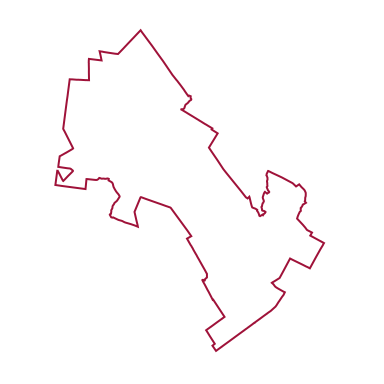 Belciugatele, Calarasi, Romania (Mercator projection), rotated 96°
{"feature_id": "2599482B10542752576449", "entity_name": "Belciugatele", "entity_type": "district", "adm_level": 2, "iso_a3": "ROU", "parent_name": "Romania", "parent_adm1": "Calarasi", "projection": "mercator", "projection_center": [26.453, 44.516], "detail": "fine", "context": "isolated", "style": "outline", "palette": "rose", "viewbox_px": 384, "rotation_deg": 96, "n_neighbors": 0, "source": "geoboundaries", "source_scale": "gbopen_adm2", "svg_char_len": 5846}
<svg xmlns="http://www.w3.org/2000/svg" viewBox="0 0 384 384"><g transform="rotate(96 192 192)"><path d="M342.7,155.6L347.5,151.5L317.8,118.7L316.2,117.0L315.8,116.4L315.7,116.5L314.6,115.2L303.7,103.2L302.1,101.3L300.2,99.6L297.2,96.9L296.6,96.6L295.8,96.1L292.7,94.6L291.1,93.7L286.9,91.5L284.8,90.2L282.0,89.2L281.4,90.9L278.8,96.8L277.9,98.6L277.7,98.9L277.2,99.6L275.3,101.3L274.4,102.5L274.0,103.1L273.5,102.6L272.3,100.9L268.4,95.9L261.9,93.2L247.9,87.5L248.1,87.0L249.1,84.4L251.5,77.8L252.7,74.5L254.2,70.6L254.6,69.3L255.6,66.8L243.6,61.8L235.0,58.1L231.2,56.3L230.3,56.0L229.0,55.4L223.0,69.8L219.8,68.4L219.6,68.9L218.2,72.5L217.9,73.3L217.7,73.6L217.5,73.9L215.6,75.6L213.9,77.4L213.3,78.0L209.3,82.6L207.5,84.7L205.3,84.3L203.2,83.7L200.6,82.8L200.1,82.4L199.7,81.9L199.2,81.8L197.9,82.1L196.5,82.2L196.1,81.9L196.1,81.7L193.8,80.6L193.2,80.6L192.9,80.4L192.7,80.2L192.5,79.8L192.2,79.3L190.8,77.5L190.5,77.8L189.9,78.4L189.4,78.9L188.5,78.6L185.9,78.8L184.2,78.5L182.7,78.6L181.0,78.8L180.0,79.3L179.3,79.7L178.3,80.4L177.4,81.4L175.6,83.7L173.2,86.2L175.6,89.1L173.1,92.3L172.6,93.1L172.0,94.6L168.1,104.2L166.4,109.1L164.8,113.8L163.1,118.3L163.1,118.5L166.1,119.6L167.8,119.7L168.3,119.1L169.1,118.9L169.5,118.6L170.0,118.4L171.2,118.3L171.9,118.2L172.8,118.5L173.8,118.5L175.1,118.1L176.8,117.9L178.2,117.6L179.3,118.2L180.8,117.5L181.4,117.1L181.8,116.9L182.3,116.7L182.5,116.5L182.9,116.1L183.3,115.6L183.9,115.2L184.5,115.5L184.8,116.0L185.1,116.4L185.4,117.0L185.7,117.2L185.3,117.8L184.6,119.0L184.2,119.5L184.3,119.6L185.0,119.9L185.9,120.3L189.8,121.1L191.0,120.8L192.7,119.9L193.5,119.6L194.0,119.6L194.4,119.8L194.8,120.0L195.2,120.0L195.9,120.6L198.1,120.9L198.8,120.9L199.1,121.0L199.7,121.4L200.8,120.9L201.7,120.6L202.5,120.5L203.0,120.3L203.2,120.0L203.2,119.5L203.3,118.4L203.8,117.6L203.9,117.0L204.1,116.8L204.4,116.8L204.5,116.8L205.0,117.1L205.4,117.3L206.4,118.3L207.5,118.9L207.0,119.3L208.9,121.8L208.6,122.5L208.2,122.7L207.7,122.8L205.4,124.0L203.8,125.4L203.0,125.2L202.9,125.3L202.3,126.5L201.9,127.4L201.7,128.3L201.1,130.4L200.7,130.7L199.1,131.4L197.3,132.1L191.3,134.2L190.7,134.5L192.6,136.0L192.0,137.1L191.7,137.8L185.9,143.4L173.7,155.6L168.7,160.6L165.9,163.3L157.0,170.6L154.9,172.4L150.2,176.4L146.1,179.8L131.0,172.6L127.8,179.0L126.6,178.4L126.1,179.5L125.5,180.7L124.7,182.5L123.5,185.0L123.1,186.0L115.9,201.0L115.5,201.9L113.1,206.9L111.6,210.1L110.8,212.0L110.8,211.4L110.8,210.8L110.7,210.1L110.5,209.6L110.2,209.1L109.9,208.7L108.9,208.2L108.3,208.2L107.8,208.1L107.1,207.9L106.2,207.7L105.7,207.4L104.8,206.4L103.8,205.4L103.3,205.0L102.9,204.9L102.6,204.6L101.9,204.2L101.3,203.6L100.7,202.7L100.2,202.4L99.7,202.4L98.9,203.0L98.5,203.3L97.9,203.3L96.9,203.3L96.4,205.1L97.0,205.7L95.0,207.5L92.2,209.9L91.4,210.5L86.7,214.8L84.2,217.2L83.1,218.2L82.2,219.2L77.5,223.8L64.8,234.5L62.6,236.5L57.7,240.9L50.9,246.9L38.3,258.5L36.5,260.0L50.7,270.9L57.4,276.0L62.5,280.0L62.5,283.2L62.2,289.9L62.0,294.1L61.8,295.7L61.8,296.6L61.7,298.6L65.8,297.2L70.6,295.7L70.4,308.4L71.8,308.4L73.0,308.3L74.4,308.2L74.6,308.1L75.2,308.0L75.6,308.0L80.3,307.4L83.5,307.1L86.7,306.7L91.6,306.1L91.9,310.2L92.1,314.8L92.2,316.2L92.4,318.1L92.5,322.4L92.6,323.9L92.7,325.4L96.7,325.5L100.8,325.6L104.4,325.7L109.4,325.8L114.3,326.0L121.9,326.2L142.6,326.7L143.0,326.5L145.3,324.9L149.5,322.2L161.0,314.8L161.6,315.2L165.0,319.8L170.3,327.3L172.8,327.4L178.4,327.6L180.9,327.6L181.0,327.6L181.1,325.8L181.1,325.5L181.2,323.5L181.4,318.5L181.4,315.8L181.5,315.5L181.6,315.2L181.7,314.9L183.1,312.8L183.2,312.7L183.4,312.6L183.6,312.6L184.6,313.3L189.1,317.0L192.9,319.9L194.5,321.2L194.4,321.4L193.0,322.4L187.6,325.9L184.3,328.2L184.0,328.2L199.3,328.6L199.6,321.8L200.2,298.2L190.2,298.3L190.1,297.4L190.1,296.3L190.1,294.6L190.1,293.8L190.1,289.3L190.0,288.4L190.0,288.1L189.9,287.8L189.8,287.6L189.6,287.3L188.9,286.5L188.7,286.3L188.2,286.0L188.0,285.9L187.7,285.7L187.7,285.4L187.7,285.2L187.8,284.9L188.0,284.3L188.1,283.7L188.2,283.3L188.2,283.0L188.0,282.0L187.9,281.0L187.9,280.6L188.0,280.1L187.9,279.4L187.8,278.7L187.7,278.4L187.5,278.0L187.4,277.6L187.4,277.4L187.4,277.1L187.4,276.9L187.5,276.7L187.6,276.4L187.7,276.1L188.5,276.2L189.2,276.2L189.5,275.5L189.8,274.8L190.6,273.0L191.1,272.3L191.4,272.1L192.4,271.5L192.6,271.4L193.4,271.2L194.7,270.7L195.1,270.6L195.5,270.3L197.2,269.2L199.3,267.6L200.6,266.4L201.1,265.8L201.6,265.3L202.1,264.8L203.0,264.1L203.7,263.6L204.0,263.5L204.3,263.5L207.3,265.0L208.6,265.7L209.7,266.7L210.5,267.5L211.1,268.0L212.6,268.5L213.2,268.9L213.6,269.2L214.5,269.5L215.7,269.5L216.3,269.5L217.0,269.7L218.6,270.4L219.2,270.3L220.0,270.2L221.2,270.3L222.0,270.3L222.3,270.4L222.4,270.5L222.4,270.8L222.7,271.2L223.2,271.4L225.3,269.9L225.5,269.8L225.6,269.7L225.7,269.2L225.8,268.4L225.6,268.1L225.5,267.8L227.2,263.0L227.5,262.0L228.0,259.0L228.2,258.2L229.1,256.0L229.4,254.8L229.8,252.5L230.4,249.2L231.3,245.3L232.2,242.2L230.5,242.7L226.1,244.3L217.8,247.1L202.9,242.7L202.7,242.6L202.5,242.4L202.5,241.9L203.7,237.2L205.6,229.2L206.6,225.0L207.7,220.3L208.8,215.9L208.9,215.3L209.7,212.0L209.9,211.6L210.2,211.3L210.4,211.1L214.7,207.2L231.0,192.4L236.0,188.1L236.3,188.5L238.9,192.1L244.9,187.8L245.9,186.9L246.7,186.4L247.7,185.6L249.7,184.3L253.3,181.7L253.9,181.2L256.0,179.8L258.9,177.7L259.5,177.3L260.5,176.6L261.6,175.8L262.6,175.1L268.2,171.1L271.0,169.2L271.8,168.6L275.4,168.2L275.6,168.3L275.8,168.6L277.1,169.7L277.3,169.9L277.9,170.0L278.5,170.0L278.8,170.2L278.8,170.3L278.7,170.5L278.5,171.0L278.3,171.4L278.2,171.7L278.2,172.0L278.3,172.3L278.5,172.5L278.7,172.4L280.0,171.6L283.1,169.4L287.8,166.3L289.6,165.0L291.9,163.5L294.0,162.1L297.1,160.1L296.8,159.7L312.8,146.6L318.7,153.2L322.8,157.7L326.6,162.0L328.0,163.5L330.2,161.7L333.2,159.4L340.6,153.5L342.7,155.6Z" fill="none" stroke="#9f1239" stroke-width="2"/></g></svg>